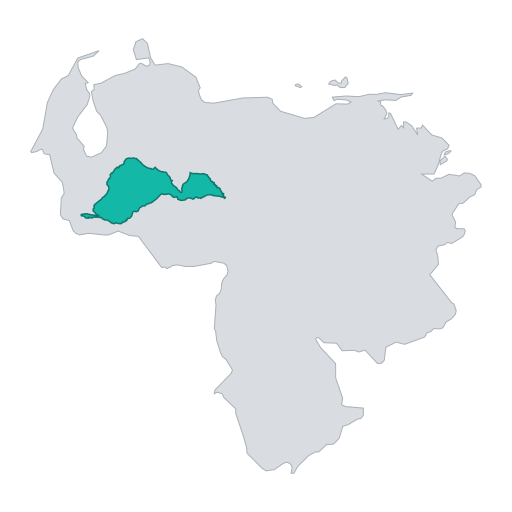 where Barinas sits in Venezuela
{"feature_id": "VEN-26", "entity_name": "Barinas", "entity_type": "State", "adm_level": 1, "iso_a3": "VEN", "parent_name": "Venezuela", "parent_adm1": "", "projection": "robinson", "projection_center": [-69.659, 8.155], "detail": "fine", "context": "in_parent", "style": "filled", "palette": "teal", "viewbox_px": 512, "rotation_deg": 0, "n_neighbors": 0, "source": "natural_earth", "source_scale": "10m", "svg_char_len": 9431}
<svg xmlns="http://www.w3.org/2000/svg" viewBox="0 0 512 512"><path d="M475.0,175.9L481.3,185.2L480.7,187.3L476.9,189.5L474.6,194.7L469.8,197.0L463.1,203.2L458.7,203.8L451.9,214.3L455.7,222.4L454.8,226.6L456.5,228.6L464.4,228.9L465.2,231.1L464.2,234.4L462.8,236.6L452.1,243.3L446.9,242.6L444.7,244.7L437.8,246.1L435.9,250.1L437.7,255.5L438.5,264.3L429.8,274.7L451.6,302.6L453.9,304.0L456.2,310.4L455.4,314.3L451.6,318.7L446.1,322.0L442.9,327.8L439.6,328.9L433.7,328.5L430.8,331.6L427.0,332.8L424.6,337.1L404.6,344.3L396.0,342.1L385.9,347.3L384.2,360.4L381.1,363.4L377.4,363.4L365.0,350.1L358.7,352.0L354.5,350.3L342.2,350.7L336.5,343.2L323.7,342.7L318.8,337.6L316.6,337.6L315.6,339.2L320.6,347.6L335.6,363.6L335.7,378.1L342.7,398.3L341.5,404.7L345.6,406.6L363.4,408.1L363.3,415.3L360.9,418.5L357.4,419.1L348.2,424.6L342.8,426.3L339.2,438.1L336.2,441.5L332.9,444.3L326.9,444.4L318.7,451.9L315.8,451.8L308.8,455.5L297.7,466.5L293.9,473.2L291.1,473.3L292.2,467.4L290.8,464.3L288.2,462.6L285.7,462.3L282.6,463.9L274.3,469.6L266.2,470.9L262.0,468.2L247.0,453.1L246.7,447.9L243.3,435.8L235.7,413.3L235.8,408.9L223.9,397.6L222.2,393.7L217.3,392.2L214.2,393.7L215.0,389.9L231.0,373.6L232.5,370.1L226.2,359.7L222.7,356.8L220.7,353.2L216.7,340.5L215.6,330.8L214.3,328.9L216.0,305.2L215.3,300.0L216.5,296.0L219.6,293.3L221.3,289.1L221.7,283.4L223.6,278.7L226.9,275.0L228.1,271.4L226.7,265.6L223.8,263.2L214.1,261.4L211.4,263.2L193.7,266.5L184.8,266.4L178.1,264.9L173.1,265.4L167.1,268.6L164.1,266.8L161.8,267.7L138.4,236.3L129.8,235.6L118.2,231.1L109.0,234.8L105.1,235.1L88.7,233.3L79.6,234.9L75.9,233.3L73.3,230.9L69.2,220.5L62.9,218.9L60.4,214.7L61.3,198.0L64.2,193.4L63.1,185.9L62.3,182.3L54.0,173.0L49.7,154.8L44.2,153.8L42.6,149.8L41.0,149.1L36.5,151.6L31.7,152.6L30.7,151.6L42.7,129.1L47.4,102.5L53.4,89.5L61.5,78.9L68.1,75.8L77.8,58.0L99.0,50.7L93.4,56.1L80.7,59.5L77.8,61.7L78.1,67.6L81.8,76.1L88.2,82.7L85.2,83.5L86.6,89.5L89.6,93.6L89.8,96.2L87.4,104.3L77.7,117.0L72.5,128.1L76.4,134.6L77.0,138.0L84.1,146.2L83.5,149.4L86.6,156.2L91.6,157.1L101.4,152.8L106.6,145.7L107.7,132.2L106.8,127.4L100.8,115.6L96.6,111.1L93.1,100.9L91.4,91.6L94.2,89.5L93.9,84.6L100.7,83.3L115.5,75.4L124.6,73.4L135.0,69.1L139.5,63.6L141.1,63.2L146.6,66.4L149.2,65.3L150.3,62.8L148.8,57.8L136.4,59.6L133.3,49.7L136.0,41.7L142.6,38.7L147.4,43.4L150.6,57.7L155.0,65.1L168.2,63.6L181.7,66.9L195.9,77.2L200.2,87.8L198.4,90.5L199.4,95.0L201.4,99.6L204.6,102.4L213.5,103.2L242.8,98.0L267.5,97.2L272.2,99.3L272.7,103.2L280.7,111.3L304.7,118.4L314.0,117.4L335.9,103.8L347.7,104.1L351.1,102.0L346.7,100.0L336.9,99.2L334.0,100.6L332.3,97.1L346.4,96.0L358.9,96.7L369.1,94.3L377.1,94.3L385.3,92.7L400.6,94.6L412.6,93.1L411.2,95.3L400.9,97.1L396.0,100.4L385.6,99.8L378.3,101.0L380.6,101.9L380.7,105.3L382.7,106.0L385.9,110.1L386.8,113.6L384.2,119.0L387.1,118.4L388.8,116.7L388.8,112.9L390.5,113.5L398.2,129.3L401.5,125.5L403.7,127.8L403.6,121.9L406.2,122.0L411.9,126.0L417.7,135.0L416.6,128.1L421.3,128.0L422.5,125.1L431.8,135.0L441.7,137.9L449.1,145.3L447.5,148.9L443.2,150.8L441.5,153.1L438.2,164.8L434.1,174.0L421.7,174.1L432.2,181.2L435.9,178.3L441.1,178.1L449.0,174.3L459.6,176.0L464.3,172.9L470.0,173.4L475.0,175.9ZM347.1,78.3L348.2,83.2L344.8,87.5L340.3,87.6L336.7,84.8L334.8,85.5L328.7,84.0L330.5,81.3L335.0,80.0L338.3,83.0L341.1,83.2L341.8,80.7L345.6,76.9L347.1,78.3ZM446.9,160.8L440.3,164.7L440.0,160.9L445.0,156.2L447.3,159.1L446.9,160.8ZM301.8,86.8L300.0,87.6L295.1,85.6L296.1,84.2L298.8,84.2L301.8,86.8ZM448.2,153.7L444.2,154.9L445.3,152.1L449.5,150.6L451.0,151.2L448.2,153.7Z" fill="#d9dde1" stroke="#a8b0b8" stroke-width="1"/><path d="M208.1,176.4L209.1,177.6L209.5,178.2L210.2,178.7L210.2,179.0L210.0,179.5L210.1,179.9L210.5,180.0L210.8,180.6L210.9,181.0L211.2,181.4L211.4,181.7L211.6,181.7L212.1,181.4L212.3,181.4L212.4,181.6L212.5,182.2L213.2,182.7L213.5,182.7L213.9,182.5L214.1,182.5L214.3,182.8L214.2,183.3L214.0,183.7L213.9,184.3L214.1,184.3L214.3,184.1L214.5,184.2L214.7,184.3L214.9,184.6L215.3,184.8L215.3,185.1L215.3,185.7L215.4,185.8L215.9,185.9L216.0,186.1L216.2,186.3L216.4,185.8L216.4,185.6L216.6,185.6L216.8,185.9L216.8,186.2L216.9,187.5L217.0,187.7L218.8,187.6L219.0,187.8L220.1,188.8L220.5,190.4L220.6,190.8L221.0,191.0L221.5,191.6L221.8,192.4L221.9,193.1L222.3,193.0L223.0,193.5L223.5,193.6L223.3,194.0L223.4,194.4L223.5,194.7L223.5,194.9L222.7,194.7L222.8,194.9L223.5,195.7L223.9,196.9L224.2,197.3L224.9,197.0L225.4,197.4L225.3,197.8L224.5,198.3L224.4,198.1L223.7,197.5L222.9,197.2L222.6,196.8L222.5,196.7L221.7,197.0L221.0,196.8L220.3,196.5L218.6,196.1L215.4,195.9L213.9,195.4L213.2,195.7L212.4,195.4L211.7,194.9L210.8,194.7L207.5,194.9L206.9,195.1L205.7,195.8L204.7,196.1L204.0,196.7L203.7,197.0L202.5,197.2L201.5,198.0L200.8,198.4L200.4,198.2L200.2,197.8L199.4,197.9L198.6,198.0L197.9,198.0L197.0,197.4L196.8,197.1L196.5,197.0L195.8,197.2L195.1,197.5L194.0,198.7L193.2,199.1L192.3,198.9L191.0,198.2L190.3,198.0L188.2,197.9L187.7,198.0L186.0,199.2L185.5,199.7L185.0,199.9L181.9,200.4L179.8,200.1L178.5,199.3L178.4,199.3L178.0,199.3L177.9,199.3L177.8,199.2L177.9,198.7L177.4,197.9L177.2,197.5L177.2,197.1L177.0,196.8L176.7,196.7L176.2,197.0L174.9,197.0L174.7,197.1L174.4,197.4L174.2,197.5L173.5,197.0L172.3,196.5L172.1,196.3L171.8,195.4L171.6,195.2L170.9,194.9L169.7,194.1L168.9,193.9L165.0,194.4L163.7,194.4L162.1,194.0L161.3,194.0L160.6,194.5L156.8,198.6L151.6,202.6L151.0,202.9L150.1,202.9L149.7,203.1L148.6,203.7L148.2,204.0L147.8,203.8L147.3,203.8L146.8,204.1L145.3,205.5L144.9,205.9L144.4,206.0L142.8,205.9L142.3,206.0L140.8,207.2L140.3,207.3L139.8,207.7L139.3,208.4L138.8,209.3L138.6,210.1L138.3,210.7L137.5,211.3L136.6,211.6L136.1,211.8L135.8,211.7L135.3,211.3L135.0,211.2L134.6,211.3L133.1,211.7L132.7,212.2L132.0,215.0L131.4,216.4L130.5,217.5L129.3,218.3L128.6,218.4L127.9,218.4L127.4,218.5L127.2,219.1L127.1,219.9L126.7,220.3L126.7,220.2L126.0,220.0L125.8,220.6L125.0,221.5L124.5,221.9L123.9,222.1L123.0,222.0L122.6,222.1L121.7,223.4L120.5,223.7L119.0,223.6L117.4,223.2L116.2,222.6L115.7,223.0L114.2,223.6L113.6,223.7L112.9,223.4L112.3,223.0L111.7,222.7L111.2,222.9L110.0,221.7L108.7,220.9L107.4,220.2L106.0,219.8L105.1,220.0L104.6,219.9L104.2,219.5L103.9,219.4L103.1,219.3L102.6,218.8L101.9,218.0L101.1,217.4L100.5,217.7L99.3,217.3L98.1,217.1L95.6,217.2L94.3,217.0L93.7,217.0L92.9,217.4L92.6,217.8L92.1,218.0L91.7,217.9L91.0,217.5L90.6,217.4L90.3,217.5L89.6,217.9L89.2,218.0L88.7,217.5L88.5,217.4L88.4,217.8L88.1,218.2L87.4,218.2L86.0,218.0L85.6,217.8L85.2,217.4L84.7,216.7L82.4,215.7L81.8,215.6L81.4,215.8L81.2,215.3L81.2,215.1L81.2,214.7L81.3,214.5L81.5,214.4L81.9,214.3L82.7,214.2L83.2,214.2L83.6,214.2L84.2,213.9L86.4,213.8L87.2,213.8L88.6,214.3L91.0,214.7L92.5,215.1L93.8,215.1L94.2,215.1L94.6,215.2L96.7,216.0L97.4,216.2L98.0,216.1L98.3,216.1L98.8,215.8L98.8,215.7L98.7,215.4L98.5,215.2L97.6,215.1L97.2,215.0L96.8,214.7L96.0,214.0L95.7,213.4L95.3,213.1L94.9,212.4L94.2,211.9L93.6,211.2L93.2,210.9L93.1,210.7L93.3,209.4L93.3,208.7L94.0,208.3L94.2,208.0L94.3,207.5L94.0,206.4L94.0,205.4L95.1,204.2L99.8,200.4L101.0,199.6L101.4,199.2L102.2,198.0L102.5,197.6L103.8,196.8L106.4,194.2L107.4,192.6L107.8,191.2L108.5,190.0L108.9,189.3L109.0,188.9L109.0,188.4L109.0,188.1L108.7,187.4L108.5,186.5L108.4,186.2L108.1,185.7L107.5,185.4L107.3,185.1L106.9,183.9L106.9,183.5L106.9,182.5L106.9,182.2L107.1,181.9L107.9,181.1L108.2,180.7L108.2,180.2L108.3,179.6L108.4,179.4L108.5,179.1L108.9,178.8L109.7,178.1L110.1,177.6L110.4,176.8L110.5,176.4L110.5,176.0L110.2,175.3L110.2,174.8L110.4,174.3L110.7,174.0L111.6,173.0L111.8,172.9L112.1,173.0L112.4,173.1L114.4,170.2L114.5,169.8L114.8,169.3L115.2,168.9L116.0,168.3L117.1,167.2L117.7,167.1L117.9,167.3L118.0,167.7L118.2,167.8L118.5,167.8L118.7,167.7L119.0,167.4L119.6,165.9L119.9,165.6L120.2,165.5L120.6,165.6L120.8,165.5L121.7,165.0L122.2,164.7L122.9,164.5L123.5,164.3L123.7,164.1L123.8,163.8L124.1,162.3L124.2,161.7L124.9,160.6L125.3,160.2L125.7,159.5L126.2,158.9L128.0,158.2L128.5,158.1L131.1,158.3L132.9,158.2L133.7,158.0L134.3,158.1L134.9,158.4L135.6,158.6L136.7,158.6L137.0,159.2L141.4,163.0L142.2,164.3L142.6,164.7L145.8,166.9L148.7,168.3L149.5,168.5L150.3,168.4L151.1,168.6L151.8,169.2L152.5,169.3L153.0,169.2L153.3,169.0L154.0,168.3L154.4,167.9L154.7,167.6L154.9,167.5L155.3,167.3L155.5,167.5L156.0,168.5L156.9,169.0L158.1,170.1L160.5,171.4L161.1,171.6L161.7,171.7L162.7,171.7L162.9,171.9L163.3,172.0L165.4,172.2L166.0,172.3L166.3,172.4L166.5,172.6L167.0,174.0L167.4,174.6L167.6,174.9L169.4,176.6L170.2,177.8L170.3,178.3L170.3,179.2L170.6,180.0L170.8,180.1L171.0,180.2L171.7,180.2L172.0,180.3L172.3,180.6L172.2,180.7L171.8,181.3L171.6,181.6L171.5,182.0L171.4,182.4L171.4,182.6L171.5,183.0L171.8,183.4L173.0,184.9L173.3,185.5L173.5,185.7L175.2,186.7L176.5,187.7L176.7,187.9L177.0,188.5L177.7,189.7L178.2,190.1L179.7,191.0L179.9,191.2L180.0,191.4L180.2,192.1L180.5,192.4L180.9,192.5L181.3,192.5L181.5,192.4L181.8,192.2L182.0,191.9L182.2,191.2L182.1,190.8L181.8,189.5L181.7,189.1L182.2,187.0L182.9,184.7L183.2,184.2L184.9,183.0L186.7,181.9L187.5,180.7L189.2,177.8L189.6,176.4L189.9,175.2L190.0,174.5L190.2,173.9L190.2,173.2L190.2,172.7L192.6,173.6L193.0,173.6L194.2,173.5L195.2,173.9L195.5,173.8L196.1,173.4L196.4,173.4L196.9,173.4L197.7,173.8L198.4,174.0L199.1,173.8L199.6,173.8L201.4,174.1L201.8,174.0L202.9,173.7L203.8,173.7L204.4,173.9L206.2,174.7L206.9,174.8L207.2,175.0L207.4,175.1L207.6,175.8L207.8,176.2L208.1,176.4Z" fill="#14b8a6" stroke="#0f766e" stroke-width="1.5"/></svg>